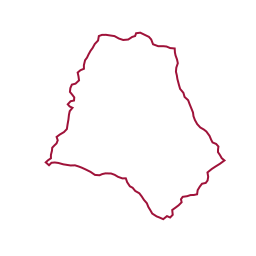 Pirangi, São Paulo, Brazil (Natural Earth projection), rotated 258°
{"feature_id": "56859067B58316114488651", "entity_name": "Pirangi", "entity_type": "district", "adm_level": 2, "iso_a3": "BRA", "parent_name": "Brazil", "parent_adm1": "São Paulo", "projection": "natural_earth1", "projection_center": [-48.674, -21.085], "detail": "fine", "context": "isolated", "style": "outline", "palette": "rose", "viewbox_px": 256, "rotation_deg": 258, "n_neighbors": 0, "source": "geoboundaries", "source_scale": "gbopen_adm2", "svg_char_len": 1870}
<svg xmlns="http://www.w3.org/2000/svg" viewBox="0 0 256 256"><g transform="rotate(258 128 128)"><path d="M76.2,215.6L79.0,213.4L82.2,212.4L85.7,211.0L88.3,211.6L91.1,212.6L94.1,210.9L96.3,207.7L99.2,206.9L103.4,206.1L108.3,203.9L110.7,201.9L113.5,198.8L117.4,196.5L121.9,195.1L125.9,194.5L129.6,194.8L133.7,194.1L138.7,193.2L142.7,192.6L146.6,189.8L150.9,189.5L155.4,187.1L159.4,186.8L165.6,186.5L169.3,186.7L173.1,186.6L177.0,187.8L181.0,190.2L184.8,190.2L189.1,189.6L192.1,189.6L196.1,190.2L197.4,185.9L199.7,182.6L200.7,179.5L201.7,174.6L204.7,169.9L209.8,169.1L212.8,167.4L218.7,159.8L219.0,155.6L216.5,154.1L216.2,151.0L214.5,146.6L215.1,141.6L217.4,137.7L220.7,133.9L222.3,129.6L223.7,125.9L224.5,122.0L224.0,118.6L219.8,116.9L217.1,113.0L213.5,109.9L211.4,107.5L208.3,104.8L205.3,102.5L203.2,100.1L198.6,97.9L195.1,97.2L194.4,93.5L192.7,90.3L188.8,90.3L184.8,90.0L182.3,85.9L182.1,82.1L179.0,79.9L175.4,78.7L171.7,80.6L169.1,81.8L166.1,80.9L166.1,77.4L163.7,74.0L161.2,75.4L159.3,77.9L156.6,74.5L153.2,73.0L148.7,71.5L144.0,69.6L139.7,68.0L137.3,64.5L135.8,60.0L134.1,56.3L130.6,56.7L127.8,54.9L126.2,52.3L124.5,49.8L121.6,48.9L117.7,47.0L114.4,46.3L113.1,43.1L111.5,40.4L108.0,43.0L109.9,45.9L109.5,49.2L108.3,52.6L105.9,57.2L103.3,64.0L102.5,68.4L100.7,71.6L98.9,74.4L96.3,77.9L92.9,82.2L89.0,85.9L87.7,90.3L88.3,93.3L88.3,96.6L87.0,102.0L85.0,105.2L82.3,108.1L79.9,112.0L79.2,115.4L75.2,115.9L70.6,117.7L68.6,120.1L64.9,122.0L61.8,125.5L58.2,127.2L54.5,128.6L50.5,130.8L46.5,131.5L43.1,132.7L39.3,133.9L35.6,137.6L33.9,140.2L31.5,143.5L33.7,147.8L31.7,150.6L33.8,153.7L38.6,154.2L40.4,158.3L41.9,161.5L44.2,165.0L47.3,165.0L49.3,167.2L49.0,171.7L49.4,175.2L48.8,178.5L48.8,181.8L52.7,183.2L55.8,186.1L58.1,188.8L58.1,192.6L60.1,194.9L63.6,196.3L68.0,196.5L70.5,201.4L72.1,205.5L73.9,210.5L76.2,215.6Z" fill="none" stroke="#9f1239" stroke-width="2"/></g></svg>